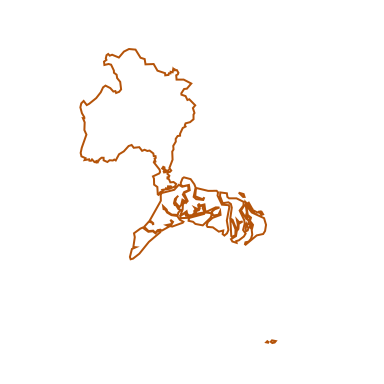 Santa Rosa, El Oro, Ecuador, rotated 204°
{"feature_id": "8360857B25401291560682", "entity_name": "Santa Rosa", "entity_type": "district", "adm_level": 2, "iso_a3": "ECU", "parent_name": "Ecuador", "parent_adm1": "El Oro", "projection": "natural_earth1", "projection_center": [-80.02, -3.392], "detail": "fine", "context": "isolated", "style": "outline", "palette": "amber", "viewbox_px": 384, "rotation_deg": 204, "n_neighbors": 0, "source": "geoboundaries", "source_scale": "gbopen_adm2", "svg_char_len": 6152}
<svg xmlns="http://www.w3.org/2000/svg" viewBox="0 0 384 384"><g transform="rotate(204 192 192)"><path d="M255.5,297.2L257.6,296.0L257.9,297.8L258.3,296.4L259.2,296.9L258.4,293.5L260.4,293.1L259.9,291.6L261.4,291.0L261.1,289.4L263.9,287.7L264.9,289.6L272.9,288.8L279.1,293.3L286.4,289.7L289.3,294.2L293.6,293.7L301.5,299.1L307.7,297.0L311.3,292.6L313.5,285.1L320.8,284.9L322.6,283.1L324.7,284.0L325.7,282.2L325.1,279.0L323.9,277.9L325.4,275.3L323.7,272.4L320.3,275.0L317.7,275.4L312.8,271.2L311.8,269.2L308.6,268.5L306.7,265.6L302.4,263.4L298.5,256.9L299.3,253.9L301.6,251.6L303.0,253.0L304.7,251.8L308.9,253.7L314.3,254.0L315.8,251.4L315.9,246.0L317.7,238.8L321.8,230.8L323.5,228.6L328.0,231.1L329.2,227.9L328.4,223.9L324.6,219.2L320.8,216.5L320.4,215.6L321.7,215.1L318.4,212.0L315.5,204.8L311.8,201.5L310.7,187.6L309.6,182.4L307.5,179.6L303.0,179.6L303.1,177.5L299.3,180.0L298.5,178.9L297.0,179.4L296.6,181.1L293.3,179.7L292.0,181.2L291.7,179.2L291.2,181.1L290.2,180.8L289.9,184.0L288.6,186.5L286.7,187.3L285.6,185.0L281.5,185.0L280.2,187.5L277.1,188.6L276.2,190.0L274.5,189.8L274.0,196.8L270.8,201.4L268.6,208.2L266.3,210.4L263.2,208.7L258.4,211.5L254.3,209.3L252.5,211.3L249.5,211.3L247.6,212.6L243.0,211.5L241.5,209.2L239.9,209.9L239.0,208.4L239.7,207.2L238.6,206.0L239.0,204.8L237.9,204.6L238.6,203.4L230.6,199.2L229.3,197.2L229.5,195.6L234.0,190.4L232.2,188.8L229.6,183.3L225.7,182.5L222.3,175.9L221.4,175.8L221.1,178.6L219.0,181.6L219.8,182.0L216.3,184.3L217.1,184.3L217.2,184.8L215.5,184.9L214.9,187.5L215.8,187.1L215.8,187.4L216.1,187.2L216.2,187.3L216.2,187.5L214.9,187.6L215.3,185.0L213.6,186.3L213.8,187.7L213.5,189.4L213.3,186.5L209.8,190.0L209.8,192.9L212.9,193.6L215.7,192.0L218.2,194.3L219.9,194.3L220.4,195.5L219.2,196.4L219.3,197.6L221.9,198.6L222.4,201.6L224.4,199.2L225.6,198.7L226.2,199.3L225.4,200.8L228.8,201.4L228.5,203.3L227.2,203.3L226.6,201.8L225.1,201.5L224.8,199.4L222.6,202.1L221.6,200.4L220.3,201.4L219.7,203.1L222.4,204.7L222.9,213.6L226.5,220.9L226.2,223.4L227.9,226.5L227.3,231.4L228.5,233.9L227.9,237.3L225.8,238.6L226.6,240.4L226.5,246.7L224.5,249.2L225.7,250.1L225.8,252.1L222.2,255.0L220.2,259.1L222.1,263.3L221.9,265.2L225.3,269.0L224.3,272.5L232.2,275.6L233.6,274.2L236.9,277.0L241.2,276.6L241.9,277.8L241.1,282.9L238.7,284.3L236.8,290.8L245.3,291.3L251.8,288.4L253.9,292.2L252.8,293.7L252.9,295.4L255.5,297.2ZM147.8,169.5L146.9,166.0L144.7,165.4L143.2,168.5L143.3,172.1L148.6,180.1L151.7,193.2L153.0,194.9L159.5,192.6L167.2,199.1L168.1,202.3L170.0,203.1L177.7,199.6L189.1,197.5L189.6,196.1L187.3,189.4L180.1,189.7L178.9,190.5L178.6,192.2L178.5,189.3L185.2,187.2L188.5,188.2L190.5,197.5L193.0,200.0L198.5,203.2L205.3,202.1L206.2,200.7L206.0,195.8L204.8,193.6L202.3,193.8L197.7,197.2L194.8,192.7L199.0,187.7L192.3,182.0L193.0,179.6L196.5,180.8L196.8,179.9L194.6,178.8L195.4,177.3L193.4,172.1L193.2,167.2L191.9,167.1L189.1,172.2L187.6,170.1L185.3,169.4L182.1,171.1L181.1,175.0L182.2,175.5L181.7,177.8L183.3,178.8L179.3,178.6L178.9,179.5L181.1,182.6L180.6,183.7L178.9,183.1L175.6,185.7L171.9,179.7L170.0,180.7L164.1,187.6L160.6,189.0L164.2,185.4L165.9,181.9L163.3,179.3L162.0,179.8L158.6,182.0L158.5,185.9L156.6,182.7L162.7,176.7L165.3,170.9L165.0,167.4L163.6,166.4L158.6,168.2L151.4,166.7L147.8,169.5ZM221.5,140.8L215.8,138.6L211.7,140.9L209.0,139.7L207.8,143.2L205.6,144.7L203.8,144.5L198.7,151.3L202.0,151.3L197.7,154.4L198.1,156.2L200.4,157.8L197.2,157.0L197.7,152.0L196.0,152.4L188.0,160.1L187.7,161.3L191.9,161.7L195.7,164.1L201.4,162.5L206.4,163.1L209.3,165.1L211.0,164.8L212.6,167.3L208.0,165.6L206.6,164.0L201.3,163.1L195.7,165.3L196.1,167.6L195.0,171.1L197.5,170.9L200.9,173.3L202.5,173.1L203.9,174.4L204.7,178.7L203.0,183.0L203.9,180.5L203.3,175.9L197.3,173.1L196.6,175.8L197.6,181.1L192.9,180.7L192.5,181.5L199.3,185.9L199.1,188.8L195.9,192.1L197.8,195.8L199.3,195.8L203.1,192.8L207.0,193.2L209.1,186.8L219.3,178.7L219.4,176.7L216.9,171.3L219.0,148.9L214.8,147.8L214.0,146.2L216.0,147.8L219.4,147.3L221.5,140.8ZM135.0,163.2L130.6,163.7L131.6,165.2L129.6,166.8L126.5,172.5L126.1,175.8L129.9,178.1L131.0,184.6L132.9,187.6L140.9,194.4L139.5,200.6L140.8,204.0L148.8,204.3L155.6,201.3L157.7,201.9L159.6,205.0L166.0,203.1L164.7,199.6L159.4,194.3L154.5,197.4L151.7,196.9L149.3,193.9L146.3,183.5L143.5,183.0L136.0,175.7L135.4,176.5L137.0,181.0L139.8,185.0L136.7,183.6L133.8,185.7L136.3,181.9L134.6,177.2L135.2,174.4L133.9,169.6L137.2,164.8L135.0,163.2ZM220.8,118.7L223.7,115.5L222.3,107.4L220.7,105.6L218.8,107.1L215.0,114.2L211.1,128.9L204.6,142.4L205.0,143.4L207.5,142.2L208.5,139.4L211.8,140.2L215.7,137.9L222.6,139.4L224.3,137.5L228.2,130.7L225.9,127.5L223.2,117.9L220.8,118.7ZM138.8,204.5L131.7,193.7L127.7,192.6L127.3,189.2L122.9,186.8L122.0,181.6L119.6,177.5L119.1,173.3L120.1,169.7L122.7,167.8L122.4,165.9L121.6,165.7L115.2,178.7L109.9,182.6L109.4,186.1L111.0,192.1L115.5,197.4L129.0,197.6L133.7,200.0L136.8,203.7L138.8,204.5ZM178.9,165.2L175.9,164.2L168.6,165.9L164.6,175.8L164.7,178.9L166.1,180.4L171.8,178.6L172.0,176.9L183.5,167.6L178.0,174.6L172.2,178.6L175.7,181.6L176.0,184.5L178.3,182.7L179.8,182.7L178.2,180.0L178.3,178.2L180.0,176.8L180.1,172.9L183.7,168.4L183.8,165.4L183.4,164.3L178.9,165.2ZM145.2,181.4L138.2,167.7L137.3,167.3L134.8,170.1L137.0,175.5L142.6,181.1L145.2,181.4ZM138.7,201.3L139.7,195.1L132.8,190.5L133.6,195.6L137.1,201.1L138.7,201.3ZM193.1,165.4L191.5,163.6L184.7,167.0L185.5,168.7L187.9,167.9L189.6,170.0L193.1,165.4ZM132.8,200.6L127.2,198.9L125.9,200.0L129.9,200.3L129.8,201.8L130.1,201.1L136.6,205.9L131.3,200.3L133.5,201.8L132.8,200.6ZM129.1,184.8L127.9,179.8L126.5,178.3L125.5,179.6L125.8,181.9L129.1,184.8ZM144.0,211.1L149.0,210.4L143.3,208.3L142.0,208.9L144.0,211.1ZM54.8,89.9L58.6,89.0L59.1,87.2L57.2,86.7L55.3,88.1L54.8,89.9ZM131.4,192.4L130.8,189.5L128.8,189.0L128.5,192.2L131.4,192.4ZM125.7,186.4L124.8,183.4L123.3,182.8L124.2,185.9L125.7,186.4ZM121.3,200.3L119.2,199.3L118.5,200.0L121.3,200.3ZM62.5,86.3L63.0,84.9L61.2,85.3L61.2,86.0L62.5,86.3ZM120.2,202.1L122.0,200.7L119.2,201.4L120.2,202.1ZM122.0,201.8L123.1,201.1L123.6,200.0L122.1,200.6L122.0,201.8ZM127.6,185.5L126.8,185.8L127.9,187.0L127.6,185.5Z" fill="none" stroke="#b45309" stroke-width="2"/></g></svg>